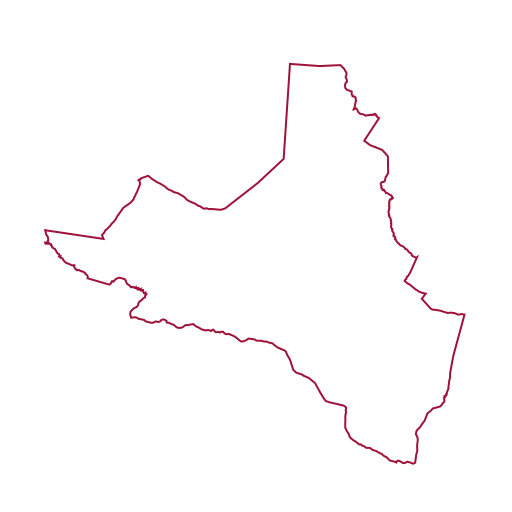 Cochinoca, Jujuy, Argentina, rotated 94°
{"feature_id": "61730980B75559747618877", "entity_name": "Cochinoca", "entity_type": "district", "adm_level": 2, "iso_a3": "ARG", "parent_name": "Argentina", "parent_adm1": "Jujuy", "projection": "albers", "projection_center": [-66.066, -23.06], "detail": "fine", "context": "isolated", "style": "outline", "palette": "rose", "viewbox_px": 512, "rotation_deg": 94, "n_neighbors": 0, "source": "geoboundaries", "source_scale": "gbopen_adm2", "svg_char_len": 6071}
<svg xmlns="http://www.w3.org/2000/svg" viewBox="0 0 512 512"><g transform="rotate(94 256 256)"><path d="M326.2,376.3L325.5,372.0L326.0,370.2L326.9,368.8L327.1,365.9L327.6,363.2L328.9,361.5L329.9,356.5L329.7,353.8L328.3,351.7L328.6,348.6L327.9,346.9L326.4,345.9L325.7,344.1L325.9,342.8L326.9,340.8L328.5,340.5L328.7,340.1L328.7,338.3L329.9,335.3L330.3,333.4L332.3,330.7L333.1,328.9L333.0,326.5L332.2,324.2L330.1,321.8L329.7,320.9L329.7,319.7L328.3,313.7L330.3,311.1L331.3,308.4L333.4,304.1L333.2,303.2L333.8,301.2L333.1,298.5L333.9,295.8L333.8,295.2L332.7,294.5L332.5,293.3L334.3,291.6L334.7,290.9L334.8,290.1L334.4,288.8L334.8,286.7L334.2,286.2L333.9,283.5L335.3,282.1L336.1,280.6L335.7,277.4L337.4,272.6L338.4,270.7L342.2,265.2L342.2,263.2L341.8,262.2L340.5,259.6L338.9,257.7L339.3,251.6L340.4,249.6L340.2,245.3L340.8,241.3L340.6,239.7L341.5,236.9L342.0,233.4L343.6,231.5L345.8,227.9L348.5,220.3L349.7,219.3L352.2,218.1L357.2,214.8L366.9,210.9L369.5,207.9L370.9,202.6L371.0,201.5L371.9,200.7L374.0,194.8L378.6,188.3L388.3,182.0L394.3,177.7L395.9,176.0L396.9,171.9L399.1,158.2L400.6,155.7L401.4,155.4L403.4,155.8L405.6,155.2L408.3,155.7L412.3,155.6L413.3,155.3L414.8,155.4L421.0,155.0L424.3,153.2L426.8,151.2L429.6,150.1L431.2,148.7L433.3,145.5L434.2,143.6L436.8,139.9L436.6,138.6L436.8,137.8L437.8,136.9L438.2,134.9L439.7,132.5L439.5,129.0L441.4,126.0L442.2,122.2L443.0,121.0L444.8,116.5L445.9,115.4L447.0,113.5L447.3,112.1L450.4,108.5L450.9,107.2L451.5,103.1L452.2,101.6L450.8,101.1L450.3,100.2L450.3,99.2L451.2,96.8L452.3,94.9L452.3,94.0L452.0,92.9L450.7,90.8L451.4,87.1L452.2,85.0L451.8,83.7L451.0,82.8L443.1,82.3L438.6,81.5L434.0,82.1L428.8,81.8L426.0,82.1L422.5,84.1L420.2,83.9L418.4,83.1L415.7,80.6L412.1,78.7L408.9,76.5L400.9,73.9L397.9,70.6L395.8,69.0L393.3,61.9L391.4,60.1L389.7,59.4L388.5,58.1L387.2,57.9L386.3,58.3L385.3,58.2L384.6,58.6L384.0,58.0L383.5,58.0L383.2,57.6L382.7,58.2L381.8,56.6L381.3,56.8L380.7,56.2L380.3,56.5L380.0,56.1L379.2,56.2L374.6,54.7L374.1,54.9L366.7,54.5L363.8,53.9L359.4,54.2L341.7,52.2L299.9,43.9L299.6,46.7L300.4,50.2L299.2,53.7L298.9,57.6L299.5,61.0L297.7,68.2L297.1,74.6L297.3,75.3L296.6,77.7L287.1,87.6L281.7,84.1L281.2,87.6L280.1,91.1L279.1,92.5L278.4,94.2L273.8,100.6L272.9,102.8L270.5,106.0L268.7,105.1L268.4,104.4L266.2,104.1L265.4,102.9L261.2,100.8L245.9,95.3L246.3,95.9L246.3,96.7L245.0,100.0L244.5,100.6L242.7,101.3L241.6,103.6L239.1,105.7L238.5,107.6L237.9,107.9L236.3,109.7L235.2,112.9L233.7,114.2L233.3,115.3L232.4,115.8L231.5,117.0L230.2,117.4L229.3,118.7L227.8,118.3L227.1,118.9L226.7,120.0L226.0,119.7L225.4,120.3L223.8,120.1L221.2,122.0L220.4,122.1L219.9,121.7L219.0,122.7L217.6,123.3L214.9,123.2L214.0,123.7L213.2,123.3L212.1,123.9L211.2,123.7L210.6,124.2L209.7,124.2L208.4,125.0L207.4,125.8L206.4,125.8L206.3,126.3L205.3,126.5L204.9,126.2L202.7,127.0L201.8,126.9L201.1,126.4L200.0,126.6L198.9,126.1L197.9,126.6L197.2,126.4L196.5,126.9L195.5,126.5L193.9,127.1L192.6,126.5L191.5,126.8L190.3,126.3L190.3,125.5L189.9,125.0L189.3,124.9L189.2,123.9L188.6,123.4L187.6,124.4L186.6,124.8L185.8,126.0L185.4,127.3L184.1,129.3L184.1,130.8L182.4,131.8L182.2,132.4L181.1,133.0L181.4,134.3L180.4,134.4L180.0,135.2L179.1,135.9L177.6,135.6L177.1,136.1L175.5,136.6L174.2,136.3L173.7,135.8L173.3,134.8L173.2,133.7L172.7,133.1L171.5,132.6L167.9,132.1L166.8,131.1L165.0,130.5L164.4,129.9L147.4,131.4L141.4,137.5L137.4,150.0L133.5,156.1L109.9,142.9L109.0,144.5L107.9,145.6L107.3,145.5L106.9,145.8L106.6,146.4L106.8,146.8L106.0,147.2L106.5,148.6L107.2,149.1L106.8,150.1L107.4,151.0L107.2,151.7L107.8,154.0L107.8,155.0L108.4,156.2L107.2,158.8L107.2,160.7L106.4,162.9L104.9,164.3L103.3,165.0L101.8,166.2L101.8,167.3L102.9,168.3L103.0,168.8L100.6,168.0L95.8,167.5L94.3,166.9L93.0,167.6L91.5,167.5L90.1,168.5L90.2,170.2L89.6,171.0L88.9,170.9L88.3,171.8L85.3,172.0L83.7,177.2L82.1,178.6L80.7,179.0L79.0,179.1L77.1,178.6L76.3,178.1L76.0,177.5L75.4,177.4L72.8,178.1L72.2,178.7L71.0,179.1L69.0,178.4L67.1,178.5L62.8,181.4L59.7,185.2L62.1,206.0L62.0,235.5L157.2,235.2L183.1,259.4L210.7,290.1L212.4,294.5L212.2,301.3L212.4,306.5L211.8,308.9L212.2,309.6L212.4,311.6L210.2,315.5L209.9,317.2L208.0,320.4L206.1,326.2L204.8,328.7L201.8,332.2L199.7,336.4L198.7,338.5L197.9,342.8L196.9,344.1L196.1,347.2L194.8,349.5L192.8,352.1L190.3,357.0L189.5,359.3L186.7,364.6L183.5,369.1L186.2,375.5L187.9,377.7L187.9,376.9L189.1,377.8L191.8,376.6L194.3,377.2L201.1,379.4L202.3,380.2L204.5,380.7L205.8,381.5L208.1,382.2L211.4,384.6L216.2,390.6L217.7,392.1L222.3,394.8L222.8,395.3L224.4,396.0L225.6,397.0L229.1,398.5L232.0,400.5L233.7,402.1L236.0,403.6L239.1,406.1L240.9,408.1L242.8,408.8L245.9,411.1L249.6,409.3L245.0,468.1L248.9,466.9L251.7,464.9L254.7,464.3L255.1,464.3L255.6,464.9L257.0,464.8L257.1,465.1L256.9,465.3L257.6,465.7L257.3,466.3L257.3,467.3L258.2,467.0L258.5,466.3L258.1,465.3L258.3,464.2L257.2,463.8L258.3,462.5L258.6,461.8L258.5,461.3L258.8,461.0L259.6,461.2L260.7,460.2L261.3,460.1L262.3,458.9L263.0,457.0L266.4,454.8L267.5,453.8L267.7,452.8L268.0,452.6L269.8,451.8L269.9,452.2L270.3,452.4L270.5,451.8L270.0,451.0L271.2,451.0L272.1,448.7L273.7,447.8L275.9,445.3L278.1,438.9L277.9,436.5L278.2,436.5L278.6,437.1L279.8,436.4L281.5,435.3L281.8,435.0L282.0,433.8L282.7,433.6L282.4,431.4L283.5,429.4L283.3,428.5L283.7,427.5L285.0,425.1L285.7,425.0L286.4,423.7L288.2,422.5L288.8,422.3L290.0,422.5L294.6,401.0L294.6,399.8L293.7,399.0L291.3,398.1L291.1,397.6L291.6,396.5L288.7,394.2L287.6,392.0L287.2,390.5L288.2,385.5L289.5,384.3L292.6,382.9L294.2,380.2L295.9,378.5L295.4,376.7L296.0,375.7L295.8,375.3L296.1,375.2L296.4,374.2L295.7,373.7L296.2,373.6L296.2,373.1L296.9,372.7L296.9,372.3L296.1,371.7L296.2,371.4L296.9,371.6L297.8,371.2L297.6,370.7L296.8,370.4L297.6,369.8L296.9,368.6L297.6,368.7L297.7,368.4L298.3,368.5L298.7,368.1L297.8,366.8L297.8,366.3L299.4,366.1L301.0,365.1L301.2,364.3L300.4,363.7L301.1,363.5L301.4,362.6L302.0,362.7L303.5,363.9L305.0,363.9L306.0,365.4L307.8,366.9L309.9,369.3L311.4,370.0L313.3,370.2L315.1,371.4L316.7,374.3L319.1,376.4L320.7,377.4L323.2,377.4L326.2,376.3Z" fill="none" stroke="#9f1239" stroke-width="2"/></g></svg>